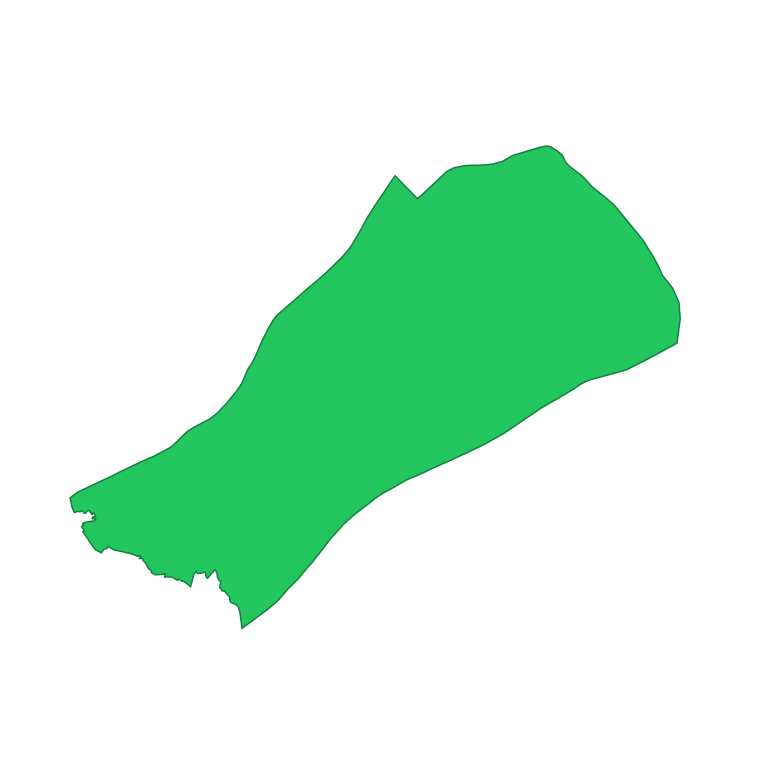 Thanh Phu, Bến Tre, Vietnam (Mercator projection), rotated 286°
{"feature_id": "81297802B66468397901634", "entity_name": "Thanh Phu", "entity_type": "district", "adm_level": 2, "iso_a3": "VNM", "parent_name": "Vietnam", "parent_adm1": "Bến Tre", "projection": "mercator", "projection_center": [106.488, 9.931], "detail": "fine", "context": "isolated", "style": "filled", "palette": "green", "viewbox_px": 768, "rotation_deg": 286, "n_neighbors": 0, "source": "geoboundaries", "source_scale": "gbopen_adm2", "svg_char_len": 6147}
<svg xmlns="http://www.w3.org/2000/svg" viewBox="0 0 768 768"><g transform="rotate(286 384 384)"><path d="M272.2,201.2L266.3,197.7L263.4,195.4L256.5,188.2L250.0,181.5L248.5,179.3L238.9,168.1L225.8,153.4L220.3,147.5L211.7,137.7L204.7,129.7L200.7,125.1L198.4,122.5L195.8,119.6L191.9,116.4L187.9,113.6L185.7,114.9L180.4,117.6L176.9,120.2L176.0,120.7L175.6,121.2L175.3,121.7L175.3,122.1L175.4,122.5L175.9,123.1L176.7,123.7L177.0,124.1L177.2,124.5L177.2,125.3L177.2,126.3L177.3,126.7L177.5,127.2L178.8,128.6L178.9,128.9L178.9,129.2L178.7,129.7L178.3,130.1L177.8,130.5L177.3,130.9L177.3,131.2L177.3,131.7L177.3,132.2L177.4,132.4L177.7,132.8L178.1,133.0L179.4,133.4L179.9,133.6L180.5,134.1L180.7,134.5L180.9,134.9L180.9,135.4L180.8,135.7L180.4,136.1L180.1,136.5L179.8,137.0L179.0,138.0L178.2,138.8L178.1,139.2L178.1,139.5L178.4,139.7L179.9,139.9L180.1,140.2L180.0,140.5L179.4,141.4L178.5,142.5L177.9,142.8L177.6,142.8L177.1,142.5L176.6,142.1L176.3,141.3L175.9,140.7L175.3,140.5L174.6,140.4L174.2,140.6L174.2,141.0L174.4,141.4L174.4,142.0L174.4,142.3L174.4,142.6L174.5,143.0L174.9,143.2L175.2,143.4L175.2,143.6L175.1,143.9L174.7,144.2L173.5,143.6L173.0,143.4L172.8,143.3L172.5,143.0L170.3,138.0L168.1,134.0L167.7,133.7L166.7,132.8L166.2,133.1L166.5,133.7L165.9,134.3L163.5,132.6L160.3,136.2L158.9,135.2L158.1,136.4L155.7,139.4L150.4,145.4L144.8,152.7L144.6,154.0L144.6,155.4L143.8,158.9L148.1,160.4L148.4,160.8L148.6,161.1L148.9,162.0L149.3,162.5L149.9,163.0L150.4,163.2L151.0,163.3L151.7,163.4L151.2,165.5L151.0,166.5L150.6,168.1L150.2,169.3L150.1,170.8L150.2,172.3L150.5,176.5L150.8,179.1L150.8,180.2L150.8,183.6L151.0,185.6L151.2,187.0L151.2,188.5L151.0,190.5L150.5,195.4L151.4,195.7L151.3,197.9L148.9,197.1L149.6,200.1L148.7,200.7L147.9,201.2L147.6,201.5L147.3,202.1L146.9,203.1L145.8,204.5L144.7,205.7L144.2,206.1L143.9,206.2L142.7,207.5L141.8,208.4L141.5,208.7L140.8,211.2L140.3,212.0L140.0,212.1L138.6,212.1L138.0,214.5L137.5,216.8L141.1,226.2L137.9,226.3L138.0,227.3L138.8,228.0L138.8,228.5L139.4,230.8L139.6,232.0L139.7,233.4L139.7,234.3L139.2,236.3L138.3,239.7L139.9,240.3L139.6,241.4L138.8,244.4L139.3,244.6L138.7,246.9L137.9,249.4L137.3,250.8L135.8,253.9L138.1,253.9L145.4,253.7L148.8,253.8L152.1,255.3L151.4,256.2L150.5,257.1L150.5,257.4L151.1,258.9L151.5,259.7L152.1,261.2L152.3,261.5L152.5,261.6L153.8,263.9L153.7,264.2L153.3,264.6L152.2,265.0L150.4,265.9L149.6,266.5L148.9,267.0L148.6,267.4L148.6,267.8L148.8,268.0L150.5,268.9L153.1,270.0L154.7,270.5L155.6,271.1L156.6,271.6L157.2,271.7L157.6,271.7L158.0,271.9L158.5,272.2L158.6,272.4L158.6,273.2L158.5,273.4L157.8,273.9L157.5,274.2L157.3,274.8L157.0,275.0L156.7,275.3L156.1,275.6L155.4,275.9L154.8,276.0L154.4,276.2L153.8,276.6L153.3,276.8L152.8,276.9L152.3,277.2L151.6,277.9L150.0,279.5L149.6,279.9L149.4,280.3L149.3,280.7L149.1,281.2L148.9,281.4L148.6,281.6L148.4,281.7L148.0,281.7L147.5,281.9L146.0,281.7L143.8,281.9L143.4,282.1L142.7,282.6L142.4,283.0L142.3,283.5L142.1,283.8L141.8,284.2L141.4,284.5L140.8,284.8L140.6,285.4L140.7,286.4L140.9,287.6L140.6,288.4L140.3,288.9L139.7,289.4L139.2,290.3L138.8,291.3L138.2,291.8L137.9,292.2L137.7,292.7L137.3,293.5L137.0,293.9L136.8,294.2L135.7,294.6L134.5,295.1L133.5,295.5L132.8,295.9L132.5,296.0L132.1,296.5L131.8,297.3L131.6,298.8L131.5,300.2L131.2,301.9L130.9,303.3L130.0,304.9L129.4,305.6L128.0,306.6L124.8,308.4L121.9,309.7L110.0,314.9L116.6,320.0L122.3,324.4L126.9,327.8L128.1,328.8L132.7,332.3L134.6,333.8L140.8,338.0L146.4,341.6L152.3,344.5L158.4,347.3L160.1,348.0L166.1,351.3L170.9,354.0L175.7,356.4L180.8,358.6L187.6,361.6L192.5,364.1L198.2,366.3L203.3,368.5L221.8,375.8L227.5,378.8L236.8,383.1L246.2,388.8L247.6,389.7L250.1,391.5L252.5,393.1L254.7,394.7L259.2,398.1L259.9,398.6L261.7,399.9L263.5,401.3L265.9,403.0L268.6,405.0L271.4,406.8L273.6,408.7L276.1,410.8L278.0,412.4L280.5,414.9L288.1,422.6L291.4,425.7L294.3,428.6L297.5,431.6L300.4,435.0L301.4,436.2L304.0,439.8L305.5,441.4L306.2,442.4L307.1,443.4L308.1,444.5L309.0,445.6L309.7,446.5L310.5,447.5L311.4,448.4L312.7,449.7L314.7,452.0L315.8,453.3L316.6,454.1L318.0,455.9L319.1,457.1L319.9,458.0L321.0,459.4L321.7,460.3L322.8,461.6L323.5,462.4L341.1,483.1L353.9,497.4L369.9,513.2L374.9,517.3L376.0,518.3L378.0,519.9L381.4,522.7L383.5,524.5L384.4,525.2L385.7,526.3L386.7,527.1L388.0,528.2L389.0,529.0L390.3,530.1L391.2,530.9L392.4,531.9L393.3,532.7L394.5,533.7L397.4,536.2L398.3,536.8L399.2,537.6L400.0,538.3L401.2,539.2L402.0,539.9L404.1,541.6L406.8,544.2L408.7,546.0L409.6,546.9L410.7,547.9L414.5,551.6L415.4,552.6L416.1,553.3L418.0,555.1L419.0,556.0L421.1,558.0L422.1,558.9L423.0,559.9L423.9,560.8L426.2,562.8L427.3,563.8L429.1,565.5L430.2,566.6L437.2,572.4L439.9,575.1L440.7,575.8L442.1,577.4L443.6,579.4L445.0,581.3L447.5,585.3L451.4,591.8L459.5,605.2L460.9,607.5L463.0,610.9L464.3,612.6L465.4,614.2L466.9,615.8L469.6,618.7L472.6,622.0L481.7,631.7L504.0,654.4L528.2,650.8L543.4,645.2L555.7,635.0L565.3,621.5L572.1,615.9L580.4,608.0L585.6,602.1L593.3,593.8L600.7,583.2L616.7,560.1L620.3,554.3L624.6,544.7L630.9,529.8L635.3,522.9L638.9,516.3L644.5,502.1L647.3,497.4L650.4,494.8L653.3,492.0L655.5,486.9L658.0,479.0L657.6,474.5L654.3,468.3L639.1,444.7L630.5,436.3L625.3,427.8L621.6,418.5L616.9,403.4L616.4,401.9L611.2,391.8L605.8,385.9L593.5,378.6L575.6,367.9L571.4,365.0L587.2,337.2L585.6,336.7L582.2,335.5L578.8,334.4L575.4,333.3L572.3,332.4L570.9,331.9L568.8,331.3L567.2,330.8L565.4,330.2L564.1,329.7L563.0,329.2L561.5,328.8L558.7,327.9L557.2,327.5L555.6,327.0L554.5,326.5L553.5,326.2L551.9,325.7L550.5,325.4L548.9,324.9L547.6,324.5L545.9,324.1L544.5,323.7L543.4,323.4L541.9,322.8L539.4,322.1L536.2,321.5L533.1,320.7L531.6,320.4L526.5,319.3L518.8,317.4L509.7,315.0L503.4,312.9L495.9,309.4L486.1,304.0L479.8,300.3L474.9,297.6L466.7,292.4L454.3,283.9L442.1,276.2L426.5,266.0L420.6,262.2L417.8,261.0L414.7,259.8L411.7,259.1L407.3,257.9L399.3,256.3L392.3,254.9L386.7,254.2L380.4,253.5L372.7,252.3L366.4,250.9L360.7,249.1L357.2,248.6L351.6,247.9L344.8,247.0L336.4,244.2L321.7,237.8L309.1,231.2L301.8,225.6L295.8,219.1L294.9,218.3L290.5,213.7L287.6,211.1L284.9,208.7L282.8,207.1L279.9,205.5L277.0,203.8L272.2,201.2Z" fill="#22c55e" stroke="#15803d" stroke-width="1.5"/></g></svg>